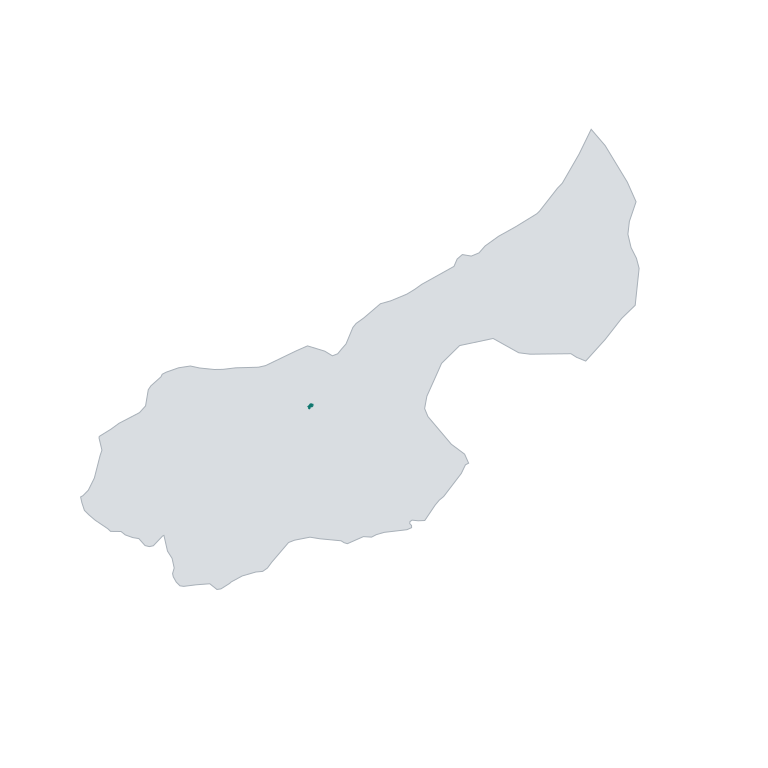 location of Koknese, Kokneses, Latvia, rotated 145°
{"feature_id": "27541924B15582250394198", "entity_name": "Koknese", "entity_type": "district", "adm_level": 2, "iso_a3": "LVA", "parent_name": "Latvia", "parent_adm1": "Kokneses", "projection": "robinson", "projection_center": [25.431, 56.651], "detail": "fine", "context": "in_parent", "style": "filled", "palette": "teal", "viewbox_px": 768, "rotation_deg": 145, "n_neighbors": 0, "source": "geoboundaries", "source_scale": "gbopen_adm2", "svg_char_len": 3130}
<svg xmlns="http://www.w3.org/2000/svg" viewBox="0 0 768 768"><g transform="rotate(145 384 384)"><path d="M560.1,519.2L555.6,518.6L543.0,515.1L532.3,509.8L525.9,502.9L514.8,493.3L507.6,488.4L496.2,482.3L477.3,469.8L470.5,467.0L436.9,461.5L424.8,459.1L413.7,444.9L410.1,436.7L404.6,435.3L398.6,437.0L392.1,438.6L377.0,448.2L372.1,449.6L362.7,449.7L340.9,451.8L330.9,448.3L313.7,444.5L304.3,443.9L296.0,444.0L259.2,440.2L252.4,444.4L245.6,445.1L239.1,438.7L231.0,436.9L221.9,439.1L205.4,439.3L186.0,437.3L161.1,435.8L157.4,436.4L129.6,444.9L122.8,446.2L92.4,460.4L68.2,473.8L66.1,452.4L68.9,409.8L73.0,388.7L89.8,376.4L98.3,366.8L103.4,354.0L105.1,342.2L108.7,332.4L133.1,304.4L151.8,301.4L177.3,293.6L205.6,287.1L210.9,295.3L213.5,301.6L247.2,324.6L255.7,332.3L268.5,358.7L300.0,372.1L325.0,367.9L335.8,361.4L355.9,349.4L364.8,340.6L366.7,332.1L363.4,296.0L358.2,280.3L360.1,270.6L363.6,271.1L372.0,266.4L399.7,257.6L405.2,257.2L411.5,255.5L428.9,248.8L434.5,252.4L439.1,256.4L441.7,256.4L443.0,254.9L442.6,252.3L443.8,250.5L448.8,251.5L469.0,262.4L476.7,265.0L482.0,265.7L488.4,270.8L505.6,274.2L507.7,276.9L509.1,280.2L525.3,294.0L532.5,301.0L546.9,307.4L553.1,308.9L578.2,302.4L585.1,300.1L590.9,300.1L596.8,303.5L610.3,308.1L622.6,309.5L624.8,309.2L635.1,309.7L638.7,311.5L641.3,320.3L653.1,327.3L664.1,333.1L666.9,335.7L667.8,340.9L667.2,346.9L665.9,350.0L661.4,353.6L657.6,362.7L657.2,371.3L651.1,386.2L652.5,386.5L665.7,383.8L669.5,385.4L672.4,388.7L673.5,398.0L677.9,402.3L682.5,408.8L684.0,414.0L692.5,420.1L693.3,424.0L698.7,438.0L700.8,446.1L701.9,452.3L699.5,460.2L697.3,465.5L694.7,465.2L687.1,466.6L675.2,473.1L657.5,488.3L653.0,491.6L648.4,503.2L647.3,504.4L636.9,503.8L634.0,503.6L623.6,503.8L600.7,500.8L591.9,502.8L580.4,514.5L576.0,516.2L562.5,517.8L560.1,519.2Z" fill="#d9dde1" stroke="#a8b0b8" stroke-width="1"/><path d="M458.7,407.4L458.9,407.3L459.0,407.3L459.2,407.2L459.1,406.9L459.1,406.7L458.9,406.7L458.7,406.8L458.8,406.9L458.8,407.0L458.7,407.0L458.4,407.3L458.3,407.5L458.2,407.6L458.2,407.8L457.9,407.9L457.7,408.0L457.6,407.9L457.4,407.8L457.2,407.8L457.1,407.7L456.9,407.6L456.7,407.6L456.5,407.3L456.4,407.3L456.3,407.2L456.2,407.1L456.0,406.9L455.9,406.9L455.7,406.9L455.5,407.1L455.4,407.1L455.5,407.2L455.8,407.1L456.0,407.1L456.0,407.3L456.1,407.5L456.3,407.5L456.3,407.8L456.1,407.8L456.3,407.9L456.1,407.8L455.8,407.8L455.6,407.8L455.4,407.8L455.1,407.8L455.3,407.9L455.5,407.9L455.8,407.9L455.7,408.0L455.5,407.9L455.5,408.0L455.2,408.0L454.6,408.1L455.1,408.0L455.4,408.0L455.5,408.0L455.5,408.4L455.4,408.4L455.2,408.4L454.8,408.4L454.5,408.4L454.6,408.5L454.7,408.8L454.8,408.9L454.9,409.0L455.0,409.2L455.3,409.2L455.5,409.1L455.8,409.3L455.7,409.5L455.8,409.7L456.0,409.7L456.3,409.6L456.5,409.5L456.6,409.4L456.8,409.4L457.0,409.3L457.3,409.2L457.5,409.2L457.8,409.1L457.7,409.1L457.8,409.1L458.0,409.0L458.3,409.0L458.2,408.9L458.3,408.9L458.5,408.8L458.6,408.7L458.8,408.6L458.9,408.4L459.0,408.4L459.0,408.2L458.9,408.2L458.7,408.0L458.8,407.9L458.9,407.7L459.0,407.6L458.9,407.6L458.7,407.5L458.7,407.4L458.7,407.4Z" fill="#14b8a6" stroke="#0f766e" stroke-width="1.5"/></g></svg>